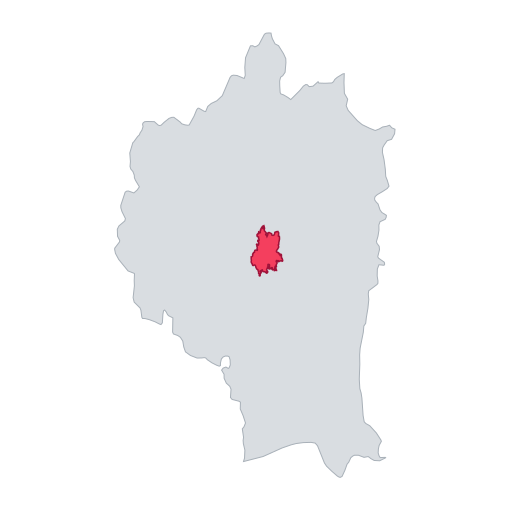 Puchavičy, Minsk, Belarus (highlighted), rotated 269°
{"feature_id": "67162791B58974730621112", "entity_name": "Puchavičy", "entity_type": "district", "adm_level": 2, "iso_a3": "BLR", "parent_name": "Belarus", "parent_adm1": "Minsk", "projection": "equal_earth", "projection_center": [27.908, 53.474], "detail": "fine", "context": "in_parent", "style": "filled", "palette": "rose", "viewbox_px": 512, "rotation_deg": 269, "n_neighbors": 0, "source": "geoboundaries", "source_scale": "gbopen_adm2", "svg_char_len": 9422}
<svg xmlns="http://www.w3.org/2000/svg" viewBox="0 0 512 512"><g transform="rotate(269 256 256)"><path d="M436.8,347.4L427.8,347.0L417.1,347.2L411.2,350.4L404.6,348.8L400.0,350.7L389.6,359.6L385.5,364.4L381.7,371.9L379.4,377.4L380.8,381.3L382.8,384.9L383.4,388.8L384.4,391.8L381.8,394.0L380.3,397.2L375.8,396.7L370.3,393.6L369.0,389.2L364.8,386.1L362.0,384.5L357.4,384.2L350.1,385.7L340.5,386.8L333.3,387.1L329.3,388.6L323.5,390.2L321.2,388.4L318.0,383.3L315.3,378.4L313.4,376.2L311.8,375.6L309.9,375.7L307.6,377.3L306.0,378.9L299.9,380.8L297.3,382.6L294.4,387.1L292.4,386.8L290.4,385.8L288.1,380.6L284.9,379.4L279.8,379.4L273.6,378.3L268.5,376.7L266.6,377.1L263.6,379.3L260.3,379.6L253.1,377.7L251.7,378.5L247.5,384.2L245.6,384.5L244.5,383.8L245.1,378.8L240.9,377.1L233.9,376.8L229.0,377.5L226.5,377.4L225.3,376.4L219.3,368.1L216.1,367.6L210.4,368.0L201.9,367.0L192.2,365.2L186.8,364.5L184.1,362.6L178.1,362.0L162.0,358.5L155.4,357.9L145.8,357.9L131.0,357.1L121.6,357.5L117.2,358.7L112.1,359.4L94.6,360.3L88.3,361.3L86.5,363.0L84.3,366.8L76.9,373.3L69.8,377.7L68.5,378.1L64.4,375.8L61.0,375.0L57.0,374.7L54.2,375.5L52.3,376.6L52.4,381.7L52.0,382.1L49.1,376.1L49.5,370.6L51.3,367.5L53.5,364.7L52.8,360.5L55.0,355.0L55.1,351.0L54.3,349.3L52.7,347.3L48.2,345.1L46.2,343.4L40.1,341.1L34.1,338.2L33.2,336.4L33.5,335.2L34.6,333.4L39.4,328.1L44.6,322.9L47.9,320.8L65.2,314.2L67.9,311.9L68.7,307.9L68.6,300.0L67.8,292.9L66.6,287.9L63.6,278.7L55.4,259.6L50.7,239.9L54.1,241.0L62.1,241.5L68.6,240.1L71.9,239.9L74.9,240.4L83.4,239.3L85.4,241.0L89.2,242.6L96.7,240.3L103.3,237.6L110.1,237.9L111.1,236.5L113.0,229.6L115.0,228.0L123.2,228.7L126.2,227.5L129.4,224.1L134.3,222.0L138.3,222.0L142.5,219.6L144.5,221.2L145.5,224.0L144.1,226.3L144.7,227.2L147.5,228.4L152.5,228.3L155.7,227.4L156.4,226.1L156.5,223.7L155.7,221.5L153.7,219.6L149.7,218.6L147.0,218.5L146.5,217.3L147.5,214.7L150.0,210.0L153.1,205.6L154.9,204.0L155.3,202.5L155.0,199.9L155.0,195.3L157.7,188.7L161.4,183.8L166.3,182.2L172.2,181.3L176.0,179.0L177.9,176.3L179.5,172.1L181.4,171.3L195.6,171.8L197.8,167.6L199.0,166.5L201.7,165.2L203.6,163.7L202.9,162.6L199.3,161.9L190.8,161.2L189.1,159.8L189.7,158.2L192.0,153.9L194.2,148.3L195.4,144.0L195.5,141.5L196.7,140.8L203.7,140.0L206.0,139.2L212.0,133.4L216.5,132.4L228.2,133.9L233.5,133.8L240.4,134.2L240.9,133.6L243.3,127.8L254.9,118.7L261.1,115.5L265.0,114.8L266.3,114.9L272.5,119.8L274.0,120.0L278.1,117.9L285.2,117.8L288.5,119.5L293.3,125.4L295.7,126.1L302.7,122.8L306.5,121.7L309.0,121.7L322.1,126.3L323.1,127.8L323.2,129.6L321.2,135.0L324.0,138.3L327.2,140.6L333.8,136.8L336.3,135.8L339.0,135.7L342.6,134.4L345.2,132.3L347.7,131.6L352.6,132.1L361.2,131.6L371.4,134.8L372.3,135.8L377.5,139.7L379.3,141.6L381.0,142.2L383.7,144.1L387.3,145.3L389.9,144.9L391.1,145.5L392.2,147.0L392.4,149.5L392.1,156.7L388.6,160.5L388.1,161.8L388.4,163.4L391.3,166.5L395.1,171.4L396.1,174.2L396.1,176.3L391.2,182.6L389.5,184.0L388.4,187.1L387.9,190.2L388.2,191.5L396.9,196.5L403.2,199.2L404.7,200.5L404.8,201.4L401.6,206.7L401.3,208.2L406.4,210.4L409.3,213.9L411.9,219.6L416.9,225.1L435.0,233.2L436.6,234.6L437.2,236.4L436.8,240.2L433.7,247.3L436.8,248.4L444.7,248.1L454.4,249.0L466.2,254.1L466.3,256.4L465.1,258.5L466.0,260.7L467.3,262.6L477.6,268.3L478.6,270.0L478.8,272.8L478.6,274.9L475.9,275.3L472.8,276.2L467.8,278.7L465.9,282.2L457.9,287.0L452.9,289.2L448.9,289.3L439.2,288.3L435.8,285.9L434.3,283.7L430.6,282.7L425.7,282.7L419.0,283.0L417.6,283.7L416.6,286.4L413.8,290.9L411.8,293.5L420.6,302.6L425.0,306.3L426.5,308.6L426.4,310.2L424.4,312.1L424.8,316.0L429.2,321.1L427.8,321.9L427.5,328.2L427.7,334.9L428.9,336.5L431.2,337.9L433.2,340.3L436.5,345.9L436.8,347.4Z" fill="#d9dde1" stroke="#a8b0b8" stroke-width="1"/><path d="M285.1,262.7L284.4,262.2L283.2,261.4L281.9,261.3L281.8,261.1L281.8,260.8L281.4,260.7L280.4,260.7L279.9,260.8L279.5,260.7L279.2,260.6L279.0,260.2L279.0,259.9L279.1,259.7L279.6,259.5L280.0,259.3L280.1,259.1L279.0,258.9L278.5,258.9L278.2,258.8L278.2,258.5L278.0,258.1L278.0,257.9L277.8,257.8L277.5,257.6L277.3,257.4L277.1,257.3L276.7,257.3L276.4,257.5L276.1,257.6L275.8,257.5L275.6,257.5L275.3,257.8L275.2,258.3L275.1,258.6L274.9,258.9L274.7,258.9L273.6,258.9L273.2,259.0L272.8,259.3L272.3,259.4L271.5,259.3L271.3,259.1L271.3,258.9L271.5,258.6L271.6,258.4L271.6,258.1L271.1,258.0L270.5,258.1L270.4,258.3L270.3,258.6L269.9,258.7L269.2,258.9L269.0,259.0L268.6,259.0L267.3,258.7L266.9,258.6L266.8,258.3L267.0,258.1L267.7,257.8L267.8,257.5L267.9,257.1L267.8,256.8L267.6,256.7L267.3,256.7L266.9,257.0L266.7,257.1L265.8,257.1L265.5,257.1L265.3,257.3L264.7,257.4L263.9,257.3L263.4,257.2L263.1,257.2L262.9,257.3L262.5,257.5L262.2,257.5L261.7,257.4L261.6,257.2L261.8,256.8L261.9,256.4L261.8,255.7L261.9,255.3L261.7,255.1L261.3,254.8L261.0,254.7L260.2,254.6L259.7,254.5L259.7,254.2L259.6,253.9L259.5,253.6L259.4,253.5L259.1,253.4L258.8,253.3L258.4,253.3L258.3,253.1L258.2,252.8L258.0,252.7L257.6,252.6L257.2,252.7L256.7,252.7L256.3,252.7L255.9,252.4L255.4,251.9L255.3,251.6L255.1,251.3L255.1,251.1L254.5,251.2L254.2,251.2L253.8,251.2L253.3,251.1L252.9,251.1L252.2,251.3L251.6,251.3L250.9,251.1L250.4,251.1L249.9,251.1L249.4,251.3L249.1,251.4L248.4,252.0L247.4,252.2L247.0,252.4L246.6,252.7L246.5,253.1L246.6,253.3L246.9,253.8L247.0,254.0L247.0,254.7L246.5,255.1L246.2,255.3L245.8,255.5L245.4,255.5L244.7,255.7L243.4,256.3L242.9,256.6L242.6,257.0L242.4,257.5L242.1,257.7L241.3,257.8L240.2,258.2L239.8,258.3L238.5,258.3L238.3,258.5L238.0,258.8L237.5,259.0L236.8,259.0L236.7,258.9L236.3,258.9L236.1,259.1L236.0,259.5L236.4,259.8L236.8,259.9L237.1,259.9L237.3,259.9L237.6,259.8L237.9,259.8L238.2,259.9L238.4,260.0L238.8,260.6L239.1,260.8L239.4,260.9L239.6,260.9L239.8,260.9L240.0,260.5L240.1,260.3L240.2,260.1L240.3,260.0L240.7,259.9L240.8,259.9L241.0,260.0L241.0,260.3L240.9,260.5L241.0,260.6L241.4,260.7L241.5,260.9L241.5,261.0L241.0,261.4L241.0,261.5L241.6,261.6L241.9,261.7L242.0,261.9L242.0,262.1L241.8,262.2L241.4,262.3L241.1,262.3L240.8,262.4L240.3,262.7L240.2,263.2L240.1,264.0L240.1,264.4L240.1,264.7L239.8,264.9L239.0,265.8L238.8,266.1L238.6,266.4L238.6,266.6L238.9,266.7L239.0,266.7L239.6,266.4L239.8,266.3L240.0,266.4L240.0,266.5L239.9,266.8L239.5,267.2L239.5,267.3L239.8,267.5L240.1,267.5L240.4,267.3L240.6,267.2L241.2,266.8L241.7,266.5L242.0,266.4L242.4,266.4L242.8,266.5L243.0,266.7L243.1,266.9L243.2,267.1L243.4,267.3L243.6,267.4L243.9,267.4L244.0,267.3L244.4,267.2L244.7,267.3L244.9,267.5L244.7,267.9L244.8,268.1L245.0,268.3L245.3,268.4L245.7,268.1L245.8,268.0L246.0,267.8L246.5,267.7L246.8,267.7L247.2,267.8L247.4,267.9L247.5,268.1L247.4,268.3L247.3,268.5L247.3,268.9L247.2,269.2L247.0,269.3L246.7,269.4L246.4,269.4L245.9,269.2L245.5,269.2L244.6,269.4L244.3,269.3L244.2,269.2L244.2,268.8L244.2,268.5L243.7,268.5L243.4,268.5L243.1,268.6L242.7,268.9L242.7,269.1L242.8,269.2L243.0,269.4L243.6,269.7L243.6,269.9L243.6,270.3L243.5,270.5L243.3,270.6L242.9,270.6L242.8,270.9L242.9,271.1L243.9,271.4L244.1,271.5L244.1,271.9L243.9,272.1L243.3,272.2L243.0,272.2L242.3,272.0L242.0,272.1L241.8,272.4L241.8,272.6L241.8,272.9L241.9,273.2L242.1,273.4L242.1,273.7L242.0,273.9L241.9,274.1L241.7,274.3L241.2,274.3L241.3,274.5L241.3,275.0L241.6,275.2L241.7,275.4L241.7,275.6L241.2,276.0L241.2,276.3L241.5,276.3L241.7,276.2L241.9,276.1L242.1,275.9L242.7,275.9L243.0,275.8L243.1,275.7L243.2,275.4L243.2,275.1L242.9,274.8L243.0,274.6L243.2,274.4L243.6,274.5L244.3,274.7L244.8,274.8L245.1,274.9L245.5,275.2L245.5,275.4L245.4,275.5L244.8,275.8L244.6,275.9L244.7,276.1L244.8,276.2L245.3,276.3L245.5,276.2L245.8,276.2L246.0,276.1L246.3,276.0L246.6,276.1L247.0,276.1L247.6,276.4L247.9,276.7L248.4,276.9L249.0,276.9L249.3,276.9L249.5,276.7L249.7,276.3L250.0,276.1L250.4,276.1L250.7,276.2L251.1,276.4L251.1,276.7L250.9,276.9L250.7,277.0L250.4,277.1L250.2,277.2L250.2,277.3L251.0,277.9L251.0,278.1L250.9,278.3L250.7,278.3L250.2,278.3L249.9,278.7L250.3,279.0L250.4,279.4L250.6,280.2L250.8,280.8L250.8,281.1L250.8,281.4L250.5,281.9L250.3,282.0L250.4,282.4L250.8,282.6L251.1,282.6L251.3,282.6L252.0,282.4L253.0,282.1L253.4,281.9L253.4,281.6L253.5,281.5L255.5,281.4L256.4,281.5L256.9,281.4L257.1,281.2L256.9,281.0L256.5,280.9L256.3,280.8L256.0,280.5L256.0,280.2L256.6,279.9L256.8,279.9L257.0,280.1L257.5,280.2L257.8,279.6L257.7,279.3L257.7,279.0L258.0,278.9L258.7,278.8L259.0,278.6L259.0,278.4L258.9,278.2L259.0,277.7L259.4,277.5L259.5,277.2L259.4,277.0L259.5,276.8L259.8,276.6L260.2,276.5L260.5,276.5L260.9,276.6L261.3,276.8L261.7,277.1L262.1,277.4L262.6,277.8L263.1,278.0L263.6,278.4L264.6,278.9L266.2,278.5L266.8,278.5L267.0,278.9L267.9,279.0L268.9,279.0L270.1,279.3L270.6,279.4L271.5,279.6L272.4,279.8L274.4,279.8L275.3,279.7L275.4,279.3L275.4,278.8L276.2,278.7L277.1,279.0L278.8,279.1L279.3,278.7L280.1,278.4L280.1,277.5L279.9,276.6L279.5,276.2L279.6,275.6L279.3,275.3L278.9,275.1L278.3,275.1L277.5,274.8L276.8,274.5L276.7,274.3L276.4,273.8L276.3,273.4L276.4,272.7L276.6,272.2L277.2,272.1L277.8,272.1L278.3,271.5L278.5,271.0L278.8,270.4L279.2,269.8L279.2,268.9L279.1,268.5L278.6,268.3L278.1,268.3L276.9,268.1L275.3,267.3L275.9,267.1L276.6,267.0L276.8,266.6L277.0,266.1L277.5,266.0L277.9,266.3L277.9,266.5L278.1,266.8L278.5,266.8L279.0,266.6L279.4,266.3L279.8,266.0L280.5,265.4L281.0,264.9L281.8,264.7L282.5,264.7L283.0,265.0L283.9,265.0L284.2,264.9L285.6,264.6L286.2,264.4L286.0,264.1L285.6,264.1L283.9,264.2L283.2,263.9L283.2,263.6L283.5,263.2L283.9,263.0L285.1,262.7Z" fill="#f43f5e" stroke="#9f1239" stroke-width="1.5"/></g></svg>